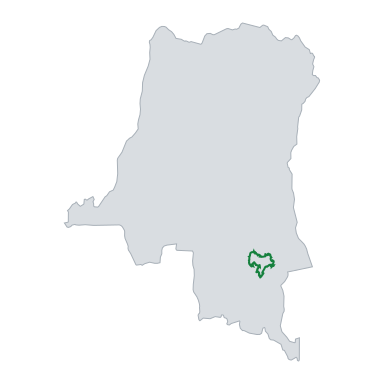 location of Malemba-Nkulu, Katanga, Democratic Republic of the Congo
{"feature_id": "63176286B11863220768150", "entity_name": "Malemba-Nkulu", "entity_type": "district", "adm_level": 2, "iso_a3": "COD", "parent_name": "Democratic Republic of the Congo", "parent_adm1": "Katanga", "projection": "equal_earth", "projection_center": [26.787, -8.06], "detail": "fine", "context": "in_parent", "style": "outline", "palette": "green", "viewbox_px": 384, "rotation_deg": 0, "n_neighbors": 0, "source": "geoboundaries", "source_scale": "gbopen_adm2", "svg_char_len": 8141}
<svg xmlns="http://www.w3.org/2000/svg" viewBox="0 0 384 384"><path d="M312.4,266.8L287.6,272.0L288.1,273.9L287.9,275.9L287.2,277.4L284.7,281.5L280.9,285.3L280.9,286.2L282.8,290.4L284.0,296.2L283.7,306.4L284.2,309.1L284.1,311.2L282.8,313.6L280.3,325.8L281.9,331.7L286.8,337.2L289.6,341.3L294.5,342.7L295.2,342.5L295.5,339.1L299.4,337.8L299.3,359.5L299.0,360.7L298.3,361.0L297.4,360.3L297.1,358.2L296.1,357.3L291.4,360.0L290.2,359.9L288.9,359.4L288.0,358.3L287.7,356.7L284.4,350.4L282.8,350.0L281.0,344.3L273.6,340.1L270.8,339.8L269.3,338.5L267.9,334.0L265.4,331.2L264.9,328.0L264.4,327.5L262.9,328.2L261.6,333.2L259.9,334.4L256.9,334.5L249.3,333.1L243.9,330.5L242.5,330.6L240.3,328.3L239.4,324.4L239.9,321.4L239.5,320.9L231.3,323.5L229.3,325.0L227.4,324.6L226.8,323.8L227.7,321.7L227.2,319.5L226.6,318.4L224.2,317.6L223.4,315.2L221.9,314.8L221.4,315.2L221.1,316.8L220.2,317.4L215.2,316.6L210.1,318.7L203.2,318.1L200.0,320.7L199.5,320.6L198.8,319.3L198.1,315.2L198.5,314.1L199.5,313.3L199.8,311.6L199.5,307.4L199.7,306.3L199.4,303.9L198.3,300.0L196.9,296.8L193.7,292.0L193.1,289.7L193.3,284.3L194.3,275.8L194.1,269.4L192.9,265.3L192.6,260.9L193.4,252.9L192.5,251.0L176.9,250.3L176.2,249.7L175.9,248.6L176.6,243.9L167.0,245.1L164.2,246.0L162.4,247.9L161.8,250.4L161.8,253.8L160.4,257.1L160.0,262.7L157.4,263.3L154.7,263.3L149.6,262.2L144.7,263.7L142.2,265.3L140.9,264.5L136.5,265.1L135.9,264.7L130.7,253.6L128.4,250.0L128.0,248.2L128.2,246.4L127.5,244.1L125.1,238.5L124.6,235.8L124.7,231.7L124.4,230.3L122.3,226.7L120.9,225.5L119.3,224.9L93.7,225.4L85.2,224.7L79.0,225.2L75.8,224.9L75.0,224.4L72.1,225.1L70.7,226.6L68.5,227.4L67.1,227.1L64.4,223.0L68.0,222.2L68.3,221.8L68.4,212.0L67.5,210.6L69.4,208.9L72.5,204.5L75.5,203.0L75.9,202.1L76.6,202.1L77.7,204.0L80.3,206.3L83.6,204.3L83.9,203.7L84.3,199.4L85.2,199.1L86.6,200.0L87.3,200.0L88.8,198.8L92.9,196.6L94.2,199.4L93.0,201.8L93.6,203.5L93.7,206.2L94.4,206.8L97.7,207.1L98.6,206.5L105.1,196.8L106.8,195.7L109.5,191.8L113.2,190.1L114.7,187.0L116.8,181.6L117.7,173.7L117.3,160.2L117.7,158.3L122.0,152.2L126.5,141.1L129.6,138.2L131.9,137.0L135.4,133.0L138.2,128.9L137.8,124.0L138.5,119.9L140.0,114.7L140.5,109.3L140.0,103.5L140.3,98.8L142.3,91.2L142.6,82.6L144.4,75.3L148.2,66.1L150.0,59.3L149.7,52.5L150.2,47.5L150.0,44.6L149.3,42.1L149.7,40.5L151.1,39.8L152.9,37.3L156.1,30.6L159.5,27.4L161.9,26.4L164.4,26.5L166.0,27.1L168.6,29.7L171.6,31.7L173.8,34.3L176.0,38.4L181.3,39.3L183.6,40.7L185.0,41.3L185.5,40.9L186.6,41.1L189.1,42.3L191.1,41.6L200.9,44.3L202.1,43.0L204.8,36.0L206.9,33.7L210.3,33.4L212.9,34.7L214.3,34.7L226.4,28.8L228.0,28.5L232.4,29.9L235.2,29.0L236.4,29.3L238.8,28.2L240.9,24.1L242.5,23.0L259.9,27.5L262.6,25.3L263.8,25.1L267.7,26.7L268.9,29.3L271.2,31.4L272.8,35.1L275.4,37.1L276.7,39.0L278.3,40.4L281.4,40.9L285.4,37.6L288.3,37.9L291.1,39.7L292.1,39.6L294.2,37.7L295.4,35.7L296.5,35.2L298.1,36.1L299.5,38.0L300.7,40.8L305.1,47.0L309.3,49.7L310.4,53.5L311.9,53.1L312.6,53.5L313.7,55.9L314.5,56.4L314.6,57.4L313.6,59.7L312.6,64.0L313.9,66.7L312.8,70.6L312.3,74.6L313.6,75.6L315.4,75.5L317.0,77.6L318.3,78.0L319.6,80.2L319.3,82.0L315.2,88.6L308.9,96.6L306.8,97.6L305.7,99.0L305.0,101.4L303.2,103.4L301.8,104.2L301.7,110.0L299.6,116.0L298.7,117.2L297.6,127.0L297.8,128.6L296.7,136.6L296.9,144.1L293.8,146.4L291.7,150.1L290.8,152.6L290.9,158.6L287.4,162.4L287.2,163.2L288.1,167.4L289.3,168.1L289.3,169.6L292.1,174.1L291.9,188.2L292.1,189.6L293.5,193.0L294.5,199.3L293.4,207.5L297.2,222.3L295.5,227.8L296.3,233.0L298.5,238.4L303.8,243.8L305.2,246.0L306.6,249.0L307.8,253.6L312.4,266.8Z" fill="#d9dde1" stroke="#a8b0b8" stroke-width="1"/><path d="M259.0,275.3L259.2,275.1L259.3,275.1L259.5,275.3L259.6,275.2L259.7,275.4L259.8,275.4L259.9,275.6L260.0,275.7L260.1,275.8L260.1,276.1L260.0,276.3L260.0,276.5L259.9,276.6L260.0,277.0L260.2,277.4L260.3,277.4L260.4,277.2L260.6,276.9L260.8,276.9L260.9,276.7L261.0,276.6L261.2,276.3L261.5,276.2L261.7,275.6L261.8,275.4L262.0,275.3L262.7,274.3L262.8,274.3L263.0,273.8L263.2,273.6L263.4,273.4L263.4,273.2L263.2,273.0L262.9,273.2L262.4,273.0L262.4,272.9L262.3,272.6L262.5,272.1L263.0,271.2L264.4,268.8L264.5,268.5L264.6,268.2L264.9,267.8L265.1,267.4L265.3,267.0L265.6,267.0L265.8,266.9L265.8,266.7L266.0,266.6L266.3,266.4L266.5,266.4L266.7,266.5L266.8,266.7L267.2,266.7L267.5,266.4L267.9,266.0L268.0,266.0L268.4,265.8L268.5,265.7L268.7,265.3L269.0,265.1L269.4,265.1L269.7,264.8L270.2,264.9L270.4,264.8L270.5,264.8L270.8,264.7L270.9,265.0L271.3,265.4L271.4,265.7L271.4,265.8L271.3,266.0L271.6,266.0L271.6,266.5L271.6,266.9L272.1,266.4L272.5,266.2L272.8,266.1L273.2,266.0L273.5,265.9L273.7,265.5L273.0,265.7L272.6,265.8L272.4,265.8L272.3,265.7L272.2,265.7L272.0,265.9L271.8,266.1L271.7,266.0L271.7,265.7L272.0,265.5L272.0,265.4L272.1,265.2L272.2,264.9L272.5,264.6L272.6,264.4L272.8,264.2L273.3,263.1L273.4,262.7L273.5,262.5L273.5,262.3L273.6,262.2L273.7,261.9L273.6,261.7L273.6,261.3L273.1,261.2L273.1,260.9L273.0,260.7L272.8,260.5L272.6,260.9L272.1,261.1L271.9,261.1L271.7,261.1L271.5,260.9L270.8,259.8L270.7,259.5L270.7,259.0L270.6,258.5L270.7,258.0L270.8,257.8L271.3,257.4L271.2,257.3L271.1,257.1L270.7,256.4L270.6,256.0L270.5,255.8L270.2,255.7L270.1,255.4L270.3,254.9L270.1,254.6L270.0,254.4L269.7,254.3L269.3,254.1L269.1,254.0L269.0,254.6L268.9,254.7L268.5,254.8L268.2,254.9L268.2,254.7L268.2,254.3L268.3,254.1L268.2,254.0L268.2,253.9L267.9,253.9L267.6,254.3L267.4,254.5L267.2,254.6L267.0,254.8L267.0,255.0L266.7,255.0L266.3,255.1L266.1,255.1L266.0,254.8L265.9,254.7L265.7,254.3L265.4,254.2L265.2,254.9L265.2,255.2L265.3,255.4L265.2,256.0L265.3,256.3L265.1,256.4L264.8,256.4L264.1,256.5L263.4,256.7L263.0,256.7L262.2,256.8L261.9,256.7L261.7,256.6L261.7,256.8L261.3,256.9L261.0,256.8L260.8,256.8L260.2,256.6L259.7,256.6L259.8,256.1L259.9,255.9L260.0,255.8L260.0,255.7L259.8,255.7L259.7,255.2L259.4,255.0L259.3,254.9L259.1,255.0L258.9,255.2L258.3,254.7L258.2,254.8L258.3,254.9L258.2,255.1L257.9,255.2L257.7,255.3L257.6,255.0L257.6,254.7L257.3,254.5L257.2,254.3L256.8,254.0L256.7,253.9L256.3,253.7L256.1,253.7L256.0,253.4L256.0,252.9L255.9,252.8L255.7,252.7L255.4,252.8L255.4,253.0L255.2,253.1L255.1,252.2L254.9,251.9L254.7,251.8L254.6,252.1L254.6,252.3L254.7,252.5L254.8,252.7L254.7,252.8L254.2,252.0L253.9,252.1L253.7,251.4L253.5,251.9L253.2,252.3L253.0,252.2L252.1,252.1L251.7,252.2L251.5,252.3L251.3,252.5L251.1,252.6L250.8,252.8L250.7,252.8L250.3,253.3L250.2,254.0L250.1,254.5L249.9,255.2L250.0,255.4L249.9,255.7L249.8,256.0L249.6,256.4L249.5,256.6L249.2,256.7L249.3,256.8L249.4,257.0L249.4,257.7L249.4,257.8L249.3,258.3L249.3,258.7L249.3,259.3L249.4,259.7L249.4,259.8L249.3,260.0L248.9,260.3L248.9,260.5L249.0,260.6L249.1,260.8L249.1,261.0L249.1,261.3L249.1,261.6L249.2,262.0L249.0,262.5L249.0,262.9L249.1,263.0L249.3,263.2L249.3,263.6L249.3,263.8L249.5,264.3L249.9,264.6L250.0,264.6L250.1,264.9L250.3,264.9L250.5,265.0L250.4,265.4L250.5,265.5L250.5,265.4L250.5,265.2L250.6,265.3L250.6,265.5L250.8,265.6L250.9,265.4L250.9,265.2L251.0,265.3L251.2,265.2L251.3,265.1L251.3,265.3L251.3,265.5L251.2,265.6L251.3,265.7L251.5,265.7L252.0,265.7L252.2,265.9L252.3,266.1L252.5,266.0L252.8,266.1L252.7,265.9L252.8,265.8L253.0,265.9L252.6,265.0L252.6,264.7L252.8,264.3L252.7,263.9L252.6,263.6L253.2,263.1L253.3,263.2L253.4,263.5L253.4,263.3L253.5,263.0L253.8,262.6L254.0,262.5L254.1,262.3L254.3,262.3L254.5,262.7L254.3,263.0L254.2,263.1L254.2,263.5L254.8,263.3L255.0,263.3L255.4,263.6L255.6,263.9L255.7,264.8L255.8,265.0L256.0,265.0L256.3,265.1L256.5,265.0L257.0,265.1L257.2,265.3L257.4,265.5L258.1,266.0L258.4,265.9L258.7,265.7L258.9,265.4L259.3,265.1L259.6,265.1L259.7,265.3L259.8,266.0L260.0,266.3L260.0,266.2L260.0,266.4L259.8,267.0L259.5,267.2L259.0,267.0L258.9,267.1L258.6,267.5L258.2,267.8L258.0,268.2L257.8,268.2L257.7,268.3L257.9,268.7L257.8,268.8L257.5,269.0L257.2,269.6L257.3,270.1L256.6,271.5L256.4,272.1L256.5,272.2L256.8,272.2L257.1,272.0L257.2,271.9L257.7,272.0L257.8,271.9L258.1,271.9L258.3,271.8L258.5,272.1L258.8,272.3L259.1,272.8L259.1,273.0L259.0,273.4L259.0,273.7L259.1,273.9L259.0,274.0L259.3,274.5L259.3,274.8L259.2,274.8L259.2,274.7L259.0,274.8L258.9,275.1L259.0,275.3Z" fill="none" stroke="#15803d" stroke-width="2"/></svg>